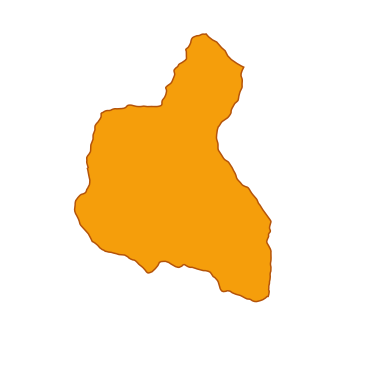 Dragteng, Tongsa, Bhutan (Equal Earth projection), rotated 327°
{"feature_id": "84629894B32701898541772", "entity_name": "Dragteng", "entity_type": "district", "adm_level": 2, "iso_a3": "BTN", "parent_name": "Bhutan", "parent_adm1": "Tongsa", "projection": "equal_earth", "projection_center": [90.534, 27.427], "detail": "fine", "context": "isolated", "style": "filled", "palette": "amber", "viewbox_px": 384, "rotation_deg": 327, "n_neighbors": 0, "source": "geoboundaries", "source_scale": "gbopen_adm2", "svg_char_len": 5984}
<svg xmlns="http://www.w3.org/2000/svg" viewBox="0 0 384 384"><g transform="rotate(327 192 192)"><path d="M289.9,67.1L288.9,66.8L287.3,65.6L286.4,65.2L285.6,65.0L284.6,64.9L283.7,64.8L282.8,64.5L281.1,63.6L279.3,63.2L278.4,63.0L277.4,62.9L276.5,62.9L275.7,63.2L274.8,63.6L274.0,64.3L273.3,64.9L272.6,65.7L271.9,66.3L270.2,67.4L269.4,67.8L268.5,68.2L267.7,68.6L266.7,68.7L265.7,68.8L264.8,68.9L264.2,69.4L264.0,70.5L263.5,71.5L262.4,73.3L261.3,75.0L260.2,76.9L259.5,77.5L258.6,77.7L257.7,77.9L256.8,77.9L254.0,78.0L252.1,77.8L251.2,77.8L250.3,77.9L248.6,78.9L247.7,79.1L246.8,79.1L245.9,79.2L244.0,79.7L243.2,80.2L242.7,81.0L242.0,83.1L241.5,84.0L240.8,84.7L240.0,85.3L238.4,86.4L236.0,88.1L235.2,88.6L234.3,89.0L233.4,89.3L232.5,89.4L229.6,89.5L228.7,89.6L227.8,89.8L227.0,90.0L226.5,90.8L226.3,92.1L225.9,93.0L225.3,93.9L224.6,94.6L223.9,95.3L223.1,96.0L222.3,96.6L220.7,97.6L219.8,98.0L218.0,98.6L217.2,98.9L216.4,99.5L215.7,100.3L215.1,101.3L214.5,102.1L213.8,102.5L212.9,102.6L212.0,102.4L211.0,102.1L209.2,101.3L208.4,100.8L204.4,98.1L201.1,96.1L200.4,95.5L198.9,94.2L198.1,93.6L197.2,93.2L195.5,92.4L194.7,91.9L193.9,91.4L192.3,90.2L190.9,88.8L189.5,87.3L188.8,86.5L188.1,85.9L187.3,85.3L186.4,84.8L185.6,84.5L184.7,84.4L182.9,84.9L181.9,84.9L181.0,84.8L180.1,84.5L179.3,84.1L178.4,83.7L176.7,82.7L175.1,81.8L174.2,81.3L173.5,80.7L172.7,80.2L171.8,79.8L170.9,79.5L170.0,79.3L168.2,79.1L167.3,78.8L165.6,77.7L164.8,77.3L163.9,77.0L163.0,76.8L162.1,76.7L161.1,76.8L159.2,76.5L158.4,76.8L157.9,77.7L157.3,78.6L156.7,79.4L155.9,80.0L154.2,80.9L152.4,81.6L150.7,82.3L149.8,82.4L148.9,82.7L148.0,83.1L147.1,83.5L146.4,84.1L145.8,84.9L145.2,85.8L144.7,86.7L144.0,87.4L143.2,88.0L141.6,89.2L140.8,89.7L140.1,90.4L139.5,91.2L137.8,93.8L135.4,95.6L133.8,96.7L133.0,97.3L132.4,98.0L130.0,101.4L129.4,102.2L128.7,102.9L127.8,103.4L126.1,104.2L124.3,104.8L123.5,105.2L122.6,105.7L122.0,106.5L121.5,107.4L121.0,108.3L120.3,109.1L119.8,110.0L119.4,111.0L119.1,112.0L118.8,113.1L118.5,114.1L118.3,115.0L117.1,115.2L116.7,116.6L115.1,120.4L114.0,123.2L112.8,126.4L111.3,128.5L109.9,130.1L108.2,131.0L106.8,131.9L105.1,132.6L103.4,134.1L101.4,134.6L99.4,134.2L97.8,133.7L96.1,133.8L93.4,134.5L89.8,135.9L88.9,136.7L87.9,137.8L87.1,139.0L85.3,141.2L84.1,142.6L83.2,144.4L82.6,146.8L82.5,148.8L82.1,152.5L81.6,154.9L80.7,157.6L80.6,158.4L80.6,159.5L81.0,162.1L82.0,168.4L82.3,170.7L81.8,176.2L81.5,178.2L81.4,179.2L82.1,180.3L83.0,182.4L83.9,185.4L84.3,188.6L85.4,191.5L86.3,192.7L87.0,194.5L87.7,195.1L89.3,196.9L91.4,198.6L93.0,200.5L95.0,202.6L96.7,204.7L99.2,206.6L101.2,208.2L102.5,210.7L102.9,211.6L103.2,213.1L104.1,214.9L105.4,216.7L106.4,217.6L107.1,218.8L107.7,221.2L108.1,223.7L108.5,225.0L109.1,226.7L109.7,228.7L109.9,230.0L110.2,232.0L110.3,234.0L110.6,235.2L111.1,236.0L112.5,236.6L115.1,237.1L119.5,236.3L123.3,235.1L126.3,233.3L128.1,233.5L130.0,234.5L132.0,235.7L134.1,238.4L135.2,241.0L137.3,245.1L137.7,245.8L139.4,247.7L140.3,248.2L143.1,248.6L144.3,248.3L145.2,248.3L145.9,248.6L146.4,249.2L147.0,250.5L147.7,251.9L148.6,253.3L149.6,254.3L151.1,255.2L153.8,258.5L154.3,259.2L158.6,264.0L160.6,265.4L162.4,267.3L163.5,269.0L163.7,270.5L163.7,274.4L164.6,276.3L165.1,279.6L165.1,281.4L164.1,284.9L163.0,288.5L162.9,289.9L163.2,291.6L164.2,292.7L165.9,293.5L166.5,293.8L167.2,293.8L167.8,294.1L168.4,294.5L169.0,295.0L169.5,295.5L170.0,296.1L170.3,296.9L170.9,298.4L171.3,299.0L172.2,300.3L173.1,301.6L173.6,302.2L175.6,304.4L176.1,305.0L176.5,305.6L177.3,307.0L178.8,309.8L179.6,311.1L180.0,311.7L180.6,312.2L181.8,313.1L182.3,313.7L182.7,314.3L183.3,315.8L183.7,316.5L184.2,317.1L184.7,317.7L185.2,318.2L185.8,318.6L186.4,319.0L187.1,319.3L189.8,320.2L191.8,320.7L193.2,320.9L194.5,320.9L195.9,320.9L196.6,320.8L197.3,320.6L198.0,320.6L199.0,321.1L199.7,320.5L200.8,319.5L201.8,318.4L202.3,317.8L202.7,317.2L202.9,316.4L203.1,315.6L204.1,314.4L204.5,313.8L204.9,313.1L205.9,312.0L207.0,311.0L208.4,309.1L209.5,308.1L210.1,307.4L211.5,305.6L211.9,304.9L212.7,303.5L213.2,302.9L213.7,302.4L214.2,301.9L214.8,301.5L215.3,300.9L217.3,298.0L218.1,296.0L218.6,295.1L219.2,294.3L219.9,293.5L220.6,292.8L221.2,292.0L222.4,290.3L224.6,286.7L225.1,285.9L225.8,285.0L226.2,284.1L226.5,283.1L226.7,282.0L227.0,278.7L227.1,276.4L227.2,275.4L227.6,274.4L228.3,273.6L229.1,273.0L229.9,272.4L231.5,271.4L232.2,270.8L232.7,269.8L233.3,269.0L234.2,268.5L235.1,268.3L236.0,267.9L236.6,267.2L236.9,266.1L237.1,265.0L237.6,264.1L238.2,263.4L238.9,262.7L241.2,260.7L242.0,260.0L242.3,259.1L242.3,257.4L242.2,255.2L241.8,247.5L241.7,245.3L241.8,240.9L241.8,239.8L241.7,238.7L241.6,237.6L241.8,236.5L242.2,234.4L242.3,233.3L242.2,232.2L241.6,227.8L241.4,225.7L241.4,223.4L241.5,221.2L241.5,220.1L241.4,219.1L241.0,218.1L239.7,216.5L238.6,214.7L238.1,213.7L237.9,212.7L237.7,210.5L237.5,209.4L237.1,207.2L237.0,206.1L237.0,205.1L237.2,204.0L237.9,201.9L238.1,200.9L238.3,199.8L238.5,196.5L238.8,194.3L238.9,193.2L238.9,192.1L238.9,187.7L238.8,186.6L238.4,185.6L237.5,183.7L237.1,182.7L236.9,181.6L236.8,180.5L236.9,177.2L236.9,173.9L236.9,171.6L237.1,170.6L237.4,169.9L237.8,169.2L239.5,166.6L240.0,165.7L240.4,164.7L241.3,161.5L241.7,160.5L242.2,159.6L242.8,158.8L243.4,158.0L244.0,157.2L245.4,155.6L246.7,154.1L247.4,153.4L248.2,152.7L248.9,152.1L249.7,151.6L250.7,151.4L254.1,149.8L255.0,149.5L255.9,149.3L256.8,149.3L259.6,149.2L261.4,149.2L262.4,149.1L263.3,148.9L265.1,148.3L265.9,147.9L266.8,147.5L267.6,147.0L268.3,146.3L268.9,145.4L269.6,144.7L270.4,144.1L271.2,143.6L274.6,141.8L275.4,141.4L276.3,141.0L277.2,140.9L279.1,140.6L280.0,140.4L280.8,140.0L281.5,139.3L282.2,138.6L283.6,137.0L285.8,135.0L286.5,134.4L287.3,133.8L289.8,132.3L290.6,131.8L291.3,131.1L292.4,129.3L293.0,128.4L294.2,126.8L294.8,126.0L295.3,125.1L295.7,124.1L296.2,121.9L296.6,120.9L297.2,120.1L297.8,119.3L298.6,118.7L300.2,117.4L303.4,115.5L302.1,113.4L299.7,108.7L297.1,102.4L296.1,97.2L296.7,91.6L295.4,87.0L294.4,79.7L292.0,75.5L290.4,70.8L289.9,67.1Z" fill="#f59e0b" stroke="#b45309" stroke-width="1.5"/></g></svg>